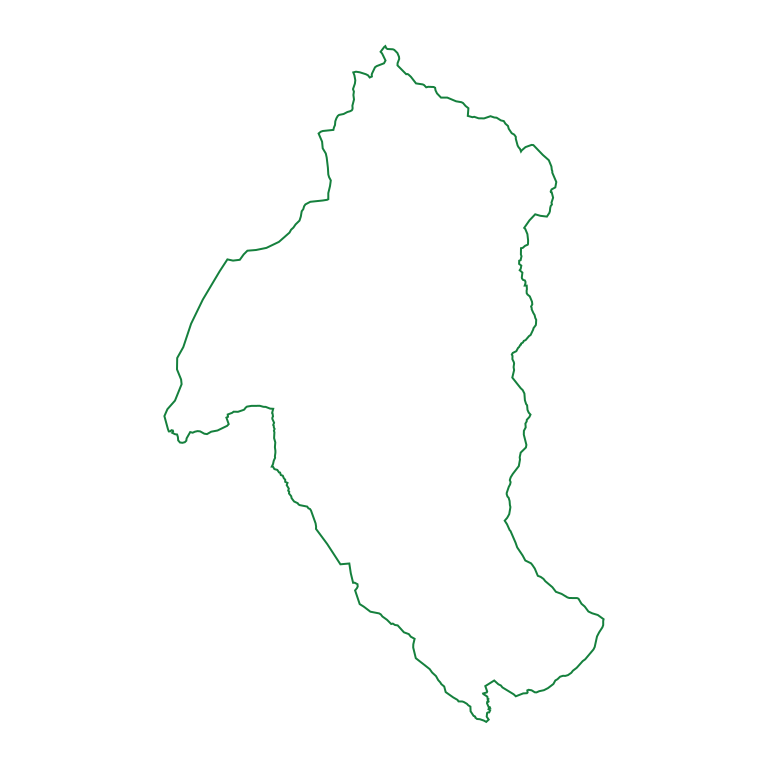 Frasin, Suceava, Romania
{"feature_id": "2599482B18485783850003", "entity_name": "Frasin", "entity_type": "district", "adm_level": 2, "iso_a3": "ROU", "parent_name": "Romania", "parent_adm1": "Suceava", "projection": "albers", "projection_center": [25.81, 47.509], "detail": "fine", "context": "isolated", "style": "outline", "palette": "green", "viewbox_px": 768, "rotation_deg": 0, "n_neighbors": 0, "source": "geoboundaries", "source_scale": "gbopen_adm2", "svg_char_len": 6079}
<svg xmlns="http://www.w3.org/2000/svg" viewBox="0 0 768 768"><path d="M603.6,619.2L597.8,615.0L592.2,613.3L588.4,611.5L584.7,606.5L581.5,603.8L578.5,598.7L577.2,598.1L569.3,598.0L567.4,597.4L561.6,593.9L555.9,591.8L552.4,587.2L545.3,581.2L543.5,578.9L540.7,576.9L537.8,575.8L534.8,568.6L532.3,564.9L531.0,563.3L525.3,560.5L522.7,555.6L517.2,547.4L515.6,542.8L510.5,531.0L509.7,530.2L507.0,524.2L504.7,520.7L507.2,517.8L509.2,514.2L510.2,508.5L510.4,507.0L509.9,505.0L509.6,501.0L508.6,497.7L507.5,496.6L506.7,494.2L506.7,493.0L508.8,486.8L510.1,484.4L510.6,482.1L509.8,480.1L510.7,477.3L512.8,473.9L518.8,466.1L520.0,459.5L519.7,457.3L520.7,452.6L525.9,447.5L526.4,444.9L523.8,434.6L523.9,430.8L525.7,427.4L525.4,423.6L526.7,421.4L526.8,419.8L529.4,417.0L530.5,414.6L528.7,412.6L527.5,409.9L527.1,405.3L526.1,404.0L524.9,400.2L524.4,393.5L522.7,390.1L520.7,388.2L512.3,377.6L514.1,370.1L513.6,367.1L514.1,363.4L513.8,362.1L512.4,359.2L512.5,355.9L511.8,354.5L512.8,352.9L516.3,351.2L518.0,348.0L519.1,347.0L520.3,344.9L521.0,344.6L521.1,343.6L522.9,342.5L523.8,340.9L525.6,340.1L529.0,336.1L530.6,335.0L533.2,329.5L533.5,328.2L535.8,325.1L536.0,323.7L536.2,319.8L535.3,318.0L534.6,315.1L533.3,312.9L531.7,309.3L531.7,308.0L531.1,306.6L532.3,304.3L532.0,301.7L529.8,296.4L527.5,294.5L526.7,293.2L526.6,290.6L526.9,289.3L526.7,285.6L524.7,285.6L525.5,283.1L525.4,281.5L524.8,280.4L523.2,280.0L522.0,278.5L521.8,277.5L522.4,272.6L519.7,270.2L520.7,268.8L521.3,265.6L519.1,263.9L519.2,260.7L520.6,260.2L521.5,256.2L520.9,254.5L521.0,248.2L522.7,247.9L525.1,245.8L527.7,244.7L528.0,244.0L528.1,240.4L527.4,234.1L525.3,229.0L524.2,227.9L529.5,220.3L535.2,214.3L540.3,215.8L546.9,216.6L549.3,213.0L549.9,211.2L550.2,208.0L550.7,206.0L551.9,204.5L551.5,202.6L553.1,197.7L551.7,192.3L550.9,192.2L550.7,191.4L551.6,189.4L555.3,187.4L556.3,182.0L552.3,172.7L552.3,171.1L551.8,169.8L551.4,166.5L548.8,160.2L542.8,154.9L533.4,145.1L531.6,144.9L525.5,147.1L521.7,150.4L521.0,151.5L520.0,148.9L518.6,147.3L517.6,145.5L515.8,138.8L515.8,136.8L514.2,134.6L511.7,133.2L508.7,128.7L508.0,126.0L505.4,123.7L503.8,121.1L500.9,120.4L496.6,117.7L494.3,117.5L490.5,116.2L484.1,118.4L478.6,118.3L474.2,116.8L472.5,117.2L467.8,115.9L468.4,108.2L465.6,106.0L463.0,103.0L461.4,102.2L456.1,101.3L447.3,97.6L441.0,97.6L437.0,93.4L435.5,90.3L435.1,87.8L433.7,87.0L428.3,86.8L426.2,87.3L424.0,85.0L422.7,84.4L416.0,83.4L410.9,76.8L408.3,74.4L407.2,74.0L406.2,74.2L397.5,65.4L397.6,63.1L399.2,58.9L399.0,56.8L397.4,53.0L394.3,49.9L392.9,49.3L387.4,49.0L386.3,48.2L385.3,46.1L384.2,47.0L380.6,51.8L382.1,53.5L385.5,60.5L384.0,63.3L376.7,66.1L375.0,67.3L372.0,73.6L371.7,74.9L371.9,76.5L369.7,77.5L368.0,75.3L365.8,74.2L359.8,72.3L356.0,71.7L353.3,72.4L354.4,75.3L355.3,80.3L354.9,83.6L353.0,89.1L353.9,91.6L353.4,95.0L354.0,99.5L352.4,105.7L352.6,108.2L352.3,109.6L351.7,110.4L349.9,111.3L347.4,112.0L343.6,114.0L339.1,114.9L337.8,115.9L336.4,118.3L335.3,121.3L335.0,125.0L333.9,127.6L333.4,129.9L322.8,131.0L320.8,131.7L318.6,133.5L322.1,141.7L322.7,148.3L325.8,153.5L326.7,157.6L327.9,167.8L328.3,174.5L329.1,177.2L330.8,180.4L330.0,186.1L328.3,193.1L328.3,199.2L327.1,199.8L322.7,200.5L310.3,201.8L305.4,204.4L304.1,206.3L303.3,209.1L301.7,211.3L300.8,216.6L299.5,220.6L295.6,224.4L293.4,227.6L291.1,229.7L289.5,232.6L278.9,241.9L266.4,247.9L256.0,250.0L247.4,250.7L243.7,254.4L239.8,259.8L233.0,260.6L227.4,259.4L219.7,271.2L202.8,299.6L191.1,323.7L183.3,347.1L177.2,358.0L177.0,369.4L181.1,379.5L181.6,384.2L175.0,400.6L167.4,409.2L164.4,416.1L167.9,429.0L168.8,431.4L170.1,431.4L171.5,430.2L172.8,430.5L173.1,431.4L172.2,432.8L175.0,434.2L177.1,434.5L177.9,437.1L178.2,440.4L180.0,442.5L182.5,442.8L184.8,442.2L186.3,440.7L186.6,438.4L190.2,432.1L192.7,432.7L194.9,431.7L197.6,431.1L200.2,431.4L204.3,433.7L207.0,434.1L211.2,431.7L217.5,430.5L227.2,425.8L228.7,424.1L226.4,417.6L228.0,416.8L227.7,414.5L232.2,412.8L233.6,411.7L238.0,411.8L243.0,410.1L244.2,409.6L245.7,407.6L247.0,406.6L251.4,405.9L259.8,405.8L263.4,406.8L265.7,406.9L270.1,408.6L273.2,408.8L272.1,413.0L272.5,413.3L273.0,416.4L272.4,417.5L272.3,418.8L274.1,422.8L273.2,425.0L273.7,425.6L273.9,427.6L274.6,428.9L273.9,430.8L274.4,432.2L274.1,438.1L275.3,442.4L274.9,447.2L275.4,450.7L275.4,452.8L274.9,456.3L275.1,457.8L273.8,460.6L273.0,464.1L271.8,466.6L273.0,466.7L274.4,469.1L277.3,469.9L279.0,472.4L280.1,472.6L280.8,475.0L282.8,475.7L283.8,478.2L285.2,479.7L285.2,481.8L287.5,482.9L286.7,485.1L288.8,488.6L288.2,490.7L289.2,491.6L289.0,493.5L291.2,496.2L291.6,498.2L294.1,501.5L297.7,503.2L298.5,504.4L299.7,505.1L307.2,506.6L308.4,508.3L310.0,509.0L311.0,510.5L315.6,523.4L316.1,526.7L316.0,528.9L327.2,544.0L340.4,564.3L349.3,563.5L350.8,573.3L353.1,582.8L354.6,582.7L357.5,584.2L357.7,586.5L356.9,588.2L355.1,590.4L359.7,604.1L363.7,606.6L370.4,611.7L379.1,613.4L380.8,614.4L382.4,616.5L387.0,619.8L391.2,624.0L392.8,623.6L395.0,625.0L397.7,625.4L403.9,632.3L408.8,634.1L410.8,636.7L414.6,638.8L413.3,644.3L413.2,647.5L415.8,658.2L429.7,669.1L432.1,672.5L436.0,676.1L438.2,680.1L440.3,682.4L441.3,684.1L444.2,686.5L445.7,692.1L453.2,697.4L457.5,699.9L458.5,701.4L462.3,701.5L463.8,702.0L466.9,703.8L468.3,705.3L470.4,706.6L470.6,711.3L473.6,715.9L474.6,716.2L475.2,716.7L475.3,717.6L477.1,719.0L479.8,719.2L483.9,720.6L486.2,721.9L488.7,719.6L486.7,716.7L487.1,713.0L488.0,712.4L489.2,712.4L490.2,710.2L488.5,709.2L489.0,708.2L490.1,708.0L489.7,707.1L488.7,707.2L487.0,703.2L487.2,702.0L488.4,701.8L488.6,701.3L487.8,700.4L487.7,699.6L488.3,699.0L487.6,698.5L487.3,696.6L483.3,694.0L483.1,693.5L486.8,692.4L487.2,691.5L485.3,686.1L494.2,680.5L498.4,684.3L500.9,685.5L502.4,687.4L513.7,694.3L515.8,696.3L523.2,693.4L526.9,693.2L527.6,692.5L527.3,690.4L528.6,689.8L531.6,690.3L534.8,692.3L536.5,692.4L539.2,691.2L543.9,690.2L548.0,688.1L553.4,684.0L555.3,680.5L557.5,679.2L560.1,676.7L563.0,675.8L565.3,675.9L568.0,675.1L571.3,672.8L572.9,670.7L576.7,667.8L582.7,661.1L585.2,659.3L593.5,649.4L594.7,647.0L597.0,636.5L599.1,632.4L602.4,627.3L603.2,625.1L603.2,620.9L603.6,619.2Z" fill="none" stroke="#15803d" stroke-width="2"/></svg>